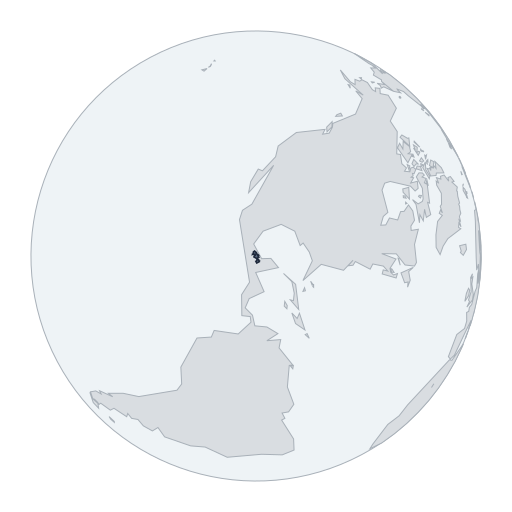 Tabasco highlighted on a globe, orthographic projection, rotated 62°
{"feature_id": "MEX-2725", "entity_name": "Tabasco", "entity_type": "State", "adm_level": 1, "iso_a3": "MEX", "parent_name": "Mexico", "parent_adm1": "", "projection": "orthographic", "projection_center": [-92.753, 17.95], "detail": "fine", "context": "on_globe", "style": "filled", "palette": "slate", "viewbox_px": 512, "rotation_deg": 62, "n_neighbors": 0, "source": "natural_earth", "source_scale": "10m", "svg_char_len": 10651}
<svg xmlns="http://www.w3.org/2000/svg" viewBox="0 0 512 512"><g transform="rotate(62 256 256)"><circle cx="256" cy="256" r="225" fill="#eef3f6" stroke="#a8b0b8"/><path d="M312.1,291.5L306.8,289.5L302.0,296.5L283.4,286.9L276.1,274.0L216.1,253.5L209.3,246.5L208.3,235.3L184.2,197.8L196.6,232.8L187.9,225.8L180.3,213.2L183.8,210.3L177.6,192.1L169.3,184.8L165.9,162.4L176.6,135.6L179.7,140.0L181.9,133.7L178.1,128.0L175.0,125.9L177.4,101.5L166.9,88.4L157.0,90.4L164.3,85.8L141.2,94.3L131.3,94.2L146.5,90.9L151.2,88.0L146.5,85.7L150.3,82.4L150.2,79.7L155.1,76.2L163.7,75.2L167.0,73.2L163.5,71.8L166.2,67.9L170.9,70.1L176.1,63.8L191.4,62.7L199.9,74.1L212.4,72.9L231.9,83.8L234.2,80.8L243.0,83.9L248.9,81.8L250.9,85.1L253.9,80.6L251.0,78.1L251.4,75.5L254.6,74.2L257.6,77.9L256.5,79.1L259.0,79.6L259.2,82.1L260.9,80.1L264.2,85.2L265.8,78.5L272.4,81.1L273.3,85.0L266.9,86.8L253.2,102.5L252.1,108.2L257.0,113.8L279.4,119.1L280.8,125.0L287.4,131.4L289.5,126.8L285.1,120.3L290.7,114.0L284.7,107.5L286.1,104.3L282.5,97.4L289.8,96.4L298.9,99.3L302.3,105.2L306.3,107.0L308.6,100.1L320.2,110.6L337.1,117.4L339.3,120.8L333.9,128.6L320.0,131.1L312.9,143.9L324.4,133.8L329.8,143.5L333.6,144.7L337.3,143.5L337.9,139.3L341.2,142.6L331.1,153.0L328.0,150.2L331.2,146.7L324.7,148.3L317.9,156.6L321.2,161.4L307.5,170.9L309.7,174.7L307.9,179.3L305.3,172.3L309.7,185.4L294.0,202.3L299.7,226.1L286.7,208.5L277.5,207.1L266.7,208.3L267.5,212.1L252.3,210.1L239.9,218.9L237.4,238.1L244.3,252.4L261.0,252.3L265.1,244.0L276.8,241.6L270.4,264.0L291.3,265.6L290.4,282.0L296.7,289.9L306.6,286.9L317.1,289.8L323.8,279.7L334.8,273.1L335.9,286.2L341.4,273.4L348.0,278.8L369.6,274.7L368.2,278.0L386.4,289.8L404.7,292.2L408.9,300.4L406.9,306.7L412.9,306.7L412.9,310.4L435.2,308.7L445.2,313.5L443.9,326.2L433.7,344.1L420.2,375.9L400.8,390.6L393.0,402.8L372.8,421.6L361.4,423.1L361.8,429.6L353.1,435.2L344.9,437.0L341.0,442.0L334.8,443.2L337.2,445.6L323.8,452.9L323.7,457.0L313.1,462.2L313.3,464.2L310.5,464.6L306.7,465.8L305.3,467.1L298.2,465.9L299.9,460.8L305.1,457.5L301.5,457.4L313.0,448.6L307.9,450.8L314.9,437.7L325.1,425.5L337.4,388.8L334.1,381.7L318.8,374.5L300.7,346.6L306.6,333.5L302.1,327.9L316.5,308.3L312.1,291.5ZM66.2,216.4L67.5,211.2L68.4,215.1L66.2,216.4ZM67.2,207.7L67.0,209.5L66.9,207.9L67.2,207.7ZM66.5,206.3L67.0,207.3L66.2,206.7L66.5,206.3ZM65.2,205.1L66.0,205.5L65.8,205.7L65.2,205.1ZM299.6,234.3L323.3,243.4L310.8,246.3L313.0,243.9L306.8,239.7L295.5,236.4L284.3,239.9L299.6,234.3ZM64.0,201.6L63.7,200.6L64.6,200.5L64.0,201.6ZM307.9,220.1L303.9,219.6L307.7,219.1L307.9,220.1ZM173.1,125.7L177.6,128.3L179.7,135.0L175.4,133.1L173.1,125.7ZM169.7,114.1L172.9,114.0L170.1,120.1L169.2,118.2L169.7,114.1ZM149.1,92.9L152.1,94.0L147.9,94.2L149.1,92.9ZM149.3,80.0L147.2,80.8L148.1,79.1L149.3,80.0ZM278.7,98.6L280.5,98.0L280.3,99.5L278.7,98.6ZM275.4,96.3L273.7,98.5L271.9,97.7L272.9,96.4L275.4,96.3ZM156.4,72.3L158.3,69.6L157.8,72.1L156.4,72.3ZM277.8,93.8L268.8,96.2L265.7,94.9L267.1,88.9L277.8,93.8ZM160.4,67.9L165.0,62.0L160.8,63.2L175.2,57.2L166.6,63.8L166.6,66.5L163.8,66.2L160.4,67.9ZM248.7,77.9L251.9,80.5L246.3,79.6L248.7,77.9ZM245.0,78.1L227.0,80.3L223.9,76.3L230.5,76.1L224.0,72.3L231.3,69.1L236.5,70.5L237.1,73.7L239.4,70.2L245.0,78.1ZM182.4,55.1L184.8,53.8L184.0,55.0L182.4,55.1ZM251.1,74.4L247.8,75.0L244.8,71.4L250.9,69.6L249.9,71.3L251.1,74.4ZM218.8,73.1L217.6,70.4L223.2,67.0L223.5,65.6L231.2,68.7L218.8,73.1ZM252.2,71.5L254.1,68.8L258.5,69.4L254.2,73.6L252.2,71.5ZM241.4,71.4L240.3,69.7L242.9,70.0L241.4,71.4ZM274.9,70.9L271.0,71.3L269.1,69.4L274.9,70.9ZM254.5,67.8L253.0,67.7L251.8,67.1L254.0,65.6L254.5,67.8ZM234.6,66.3L237.2,65.6L231.8,64.8L235.7,62.6L240.1,65.3L239.9,63.2L241.1,62.5L243.3,65.5L234.6,66.3ZM252.5,62.4L259.5,65.6L267.2,65.1L269.1,66.7L256.3,67.3L252.5,62.4ZM246.9,63.9L250.8,63.3L251.2,65.3L248.8,67.0L246.9,63.9ZM236.8,60.3L229.6,63.0L228.9,62.4L236.8,60.3ZM254.7,61.8L252.9,61.1L255.2,61.5L254.7,61.8ZM242.2,60.2L239.8,61.1L239.0,60.4L242.2,60.2ZM251.5,59.0L253.8,60.0L252.2,61.1L251.5,59.0ZM247.2,59.2L246.8,58.0L250.3,60.9L246.2,59.7L247.2,59.2ZM241.9,59.3L240.7,59.2L243.1,59.0L241.9,59.3ZM256.2,54.7L261.0,58.1L257.6,60.4L253.3,56.7L256.2,54.7ZM309.0,468.5L298.3,466.7L304.8,467.4L311.9,464.8L316.5,466.4L309.0,468.5ZM328.8,461.1L335.5,458.8L336.4,459.2L331.9,460.9L328.8,461.1ZM409.1,90.7L407.2,89.2L412.0,93.7L413.7,95.2L418.4,99.9L413.7,96.1L419.7,104.5L436.7,127.4L438.2,132.8L435.2,133.4L419.6,115.6L417.9,105.9L412.4,100.5L404.7,96.5L404.8,94.2L401.5,91.7L400.1,88.3L390.1,79.2L387.5,75.9L376.0,68.7L373.0,66.2L380.7,71.0L384.6,72.9L377.2,66.3L373.5,63.9L366.6,60.0L365.4,59.1L359.6,56.3L351.6,52.0L356.6,55.2L348.6,51.8L339.6,47.8L337.9,47.5L352.6,54.3L357.6,56.6L360.5,57.5L375.0,65.7L379.3,69.0L367.5,63.4L372.1,67.8L360.9,62.4L328.1,45.9L318.3,41.6L318.3,39.6L325.0,41.6L328.3,43.1L332.3,44.0L328.6,42.8L327.6,42.4L319.8,40.0L318.7,39.6L313.0,38.2L310.8,37.5L314.1,38.3L331.5,43.8L348.5,50.6L364.8,58.7L380.4,68.2L395.2,78.9L409.1,90.7ZM306.8,36.5L300.9,35.2L300.6,35.2L306.8,36.5ZM281.8,32.2L281.7,32.2L275.5,31.7L273.2,31.4L275.0,31.5L281.8,32.2ZM273.3,31.4L270.5,31.2L270.0,31.2L273.3,31.4ZM269.8,31.1L267.5,31.0L264.5,30.9L269.8,31.1ZM263.1,30.8L263.4,30.9L241.9,32.5L231.1,33.0L232.8,32.3L215.3,35.3L204.5,37.2L206.3,37.1L199.2,39.4L202.4,38.8L202.8,39.0L185.9,46.4L180.1,48.5L174.9,53.0L175.8,53.1L179.8,51.7L175.2,57.2L160.8,63.2L159.4,62.5L151.4,67.4L149.2,65.3L143.8,66.4L146.1,62.4L141.6,64.2L139.0,66.0L130.8,70.3L123.2,74.2L141.0,62.9L154.7,58.7L150.1,59.3L154.6,57.1L155.1,56.1L151.6,57.2L149.0,58.6L158.9,52.7L175.4,45.6L192.4,39.9L209.7,35.5L227.4,32.5L245.2,31.0L263.1,30.8ZM480.1,232.7L479.7,246.0L476.9,241.1L466.6,218.7L464.3,204.7L458.6,191.9L438.5,133.9L440.1,132.0L431.0,114.3L430.9,114.0L433.0,116.6L442.4,129.4L450.8,142.9L458.3,156.9L464.8,171.4L470.2,186.3L474.6,201.5L477.9,217.0L480.1,232.7ZM452.3,158.9L454.5,162.8L452.3,158.9ZM370.2,274.4L372.9,276.5L369.6,277.2L370.2,274.4ZM309.6,251.9L314.4,251.7L317.1,253.5L313.5,254.6L309.6,251.9ZM348.5,247.3L353.7,247.6L348.5,249.5L348.5,247.3ZM326.9,244.5L344.3,247.5L334.2,252.8L323.1,251.1L330.5,249.0L326.9,244.5ZM306.8,228.0L309.9,228.7L309.3,231.2L306.8,228.0ZM310.7,219.8L309.6,220.2L307.8,218.3L310.7,219.8ZM330.4,142.9L331.3,142.1L335.3,141.8L334.0,143.8L330.4,142.9ZM349.8,131.2L354.7,136.8L350.3,133.9L349.4,137.3L339.0,135.9L339.9,122.4L341.4,128.5L349.8,131.2ZM325.3,131.2L331.8,133.0L324.7,131.6L325.3,131.2ZM384.3,83.5L386.5,83.4L390.9,86.9L394.1,92.9L387.8,87.8L384.3,83.5ZM388.5,82.8L375.8,76.6L373.3,73.2L376.8,76.0L376.4,74.4L382.1,78.6L392.0,82.2L396.5,85.6L400.1,93.8L396.5,88.9L394.6,89.0L388.5,82.8ZM348.0,72.5L342.5,71.4L344.1,65.2L349.1,67.1L352.7,72.7L348.9,73.9L348.0,72.5ZM282.0,83.5L279.8,84.6L279.0,83.4L280.2,81.5L282.0,83.5ZM273.2,71.2L290.8,77.9L289.2,79.3L301.5,82.3L301.9,87.5L293.9,85.2L303.5,91.8L296.5,91.9L303.4,96.1L285.6,90.5L279.7,91.3L286.1,88.4L285.9,83.5L284.0,81.6L274.2,77.3L261.4,77.3L259.1,73.1L260.8,70.1L263.6,69.4L264.2,72.3L267.4,69.4L270.4,73.0L273.2,71.2ZM283.1,46.1L282.7,48.3L289.6,45.9L292.7,48.3L293.3,47.9L298.0,49.8L304.8,51.4L305.3,52.7L307.7,52.9L310.9,54.3L314.4,55.1L316.5,57.8L321.0,59.1L319.4,59.7L326.5,61.3L322.1,61.4L325.8,63.7L328.1,62.4L330.7,78.4L335.1,86.1L341.2,92.8L332.9,92.9L321.8,87.2L310.7,79.4L307.6,72.4L304.4,74.2L302.0,71.5L305.5,71.2L298.6,70.0L297.5,67.9L287.6,62.9L278.3,63.2L274.4,61.7L277.6,60.5L271.5,59.9L274.9,56.7L272.2,55.7L272.8,51.9L280.4,50.7L276.8,49.6L277.1,47.1L283.1,46.1ZM256.6,53.6L265.0,50.9L270.8,51.1L267.4,57.8L269.4,59.2L267.4,64.1L259.0,63.8L260.3,62.4L259.7,61.0L262.6,61.6L259.8,60.0L261.6,58.1L259.9,56.5L263.1,55.9L256.6,53.6ZM423.1,105.6L421.8,104.0L426.5,109.0L427.3,110.2L423.1,105.6ZM417.0,99.1L421.4,103.5L419.5,101.8L417.0,99.1ZM379.1,69.6L377.3,68.0L378.6,68.7L381.5,70.6L379.1,69.6ZM304.3,42.0L303.2,42.6L301.7,42.2L295.4,42.3L292.6,40.9L295.3,40.2L304.3,42.0ZM300.3,40.4L298.0,40.5L298.1,39.7L300.3,40.4ZM290.3,39.9L289.6,38.9L291.6,40.7L290.3,39.9ZM273.5,32.2L285.3,33.2L292.0,33.9L292.9,33.8L296.7,34.8L286.4,33.7L273.5,32.2ZM246.0,32.2L245.3,33.0L242.3,32.9L242.0,32.7L246.0,32.2ZM248.0,32.5L253.4,33.1L250.8,33.7L247.0,33.1L248.0,32.5ZM277.3,35.4L280.9,35.7L280.8,36.2L277.3,35.4ZM183.0,53.8L184.7,53.8L182.1,54.7L183.0,53.8ZM204.8,38.6L204.8,39.0L201.8,39.7L204.8,38.6ZM203.3,40.8L206.7,39.6L204.1,40.9L203.3,40.8ZM213.9,37.3L208.5,39.2L212.3,37.3L213.9,37.3Z" fill="#d9dde1" stroke="#a8b0b8" stroke-width="1"/><path d="M262.6,256.6L262.6,257.6L262.6,258.7L261.0,258.7L260.9,258.7L261.0,258.5L261.1,258.4L261.0,258.2L260.9,258.2L260.7,258.1L260.7,257.9L260.4,257.8L260.3,257.7L260.2,257.7L260.1,257.4L260.1,257.2L259.9,256.9L259.7,256.9L259.6,256.7L259.6,256.4L259.5,256.2L259.4,256.2L259.3,256.3L259.2,256.2L259.1,256.3L259.0,256.2L258.9,256.2L258.7,256.2L258.6,256.4L258.5,256.5L258.4,256.7L258.2,256.7L258.0,256.8L257.9,256.8L257.7,256.9L257.4,257.0L257.4,257.3L257.2,257.3L257.0,257.5L256.9,257.6L256.7,257.8L256.5,258.0L256.4,258.0L256.2,258.2L256.1,258.3L255.9,258.3L255.8,258.2L255.7,258.2L255.5,257.9L255.5,257.7L255.4,257.7L255.2,257.6L255.1,257.4L255.1,257.1L255.0,256.8L255.0,256.7L255.1,256.4L255.1,256.2L254.9,256.2L254.7,256.2L254.4,255.9L254.2,255.9L253.9,255.9L253.9,256.0L253.8,256.3L253.7,256.5L253.6,257.0L253.5,257.3L253.4,257.3L253.3,257.5L253.2,257.5L253.1,257.8L253.0,258.0L252.9,258.1L252.9,258.3L252.8,258.2L252.7,258.2L252.7,257.9L252.8,257.7L252.7,257.5L252.6,257.4L252.4,257.2L252.2,257.0L252.0,256.9L251.9,256.9L251.7,256.8L251.6,256.7L251.4,256.4L251.2,256.4L251.0,256.2L251.1,255.9L251.1,255.7L251.0,255.4L251.0,255.2L250.9,255.1L250.9,254.9L251.0,254.9L251.3,254.8L251.4,254.7L251.9,254.6L251.8,254.8L252.1,254.7L252.3,254.5L252.5,254.4L252.5,254.5L252.9,254.4L253.0,254.3L252.9,254.2L252.7,254.3L252.4,254.4L252.2,254.5L251.9,254.6L252.0,254.5L252.1,254.4L252.9,254.1L253.0,254.1L253.4,254.1L253.9,254.1L254.5,254.1L254.4,254.2L254.4,254.3L254.5,254.4L254.6,254.5L254.7,254.4L254.7,254.2L255.3,254.1L255.6,254.0L255.8,253.9L256.0,253.7L256.3,254.0L256.3,253.9L256.3,253.7L256.2,253.4L256.3,253.4L256.5,253.4L257.0,253.3L257.1,253.5L257.3,253.8L257.4,254.0L257.5,254.0L257.9,254.0L258.1,254.0L258.3,254.0L258.2,254.2L258.2,254.3L258.2,254.5L258.2,254.8L258.2,255.0L258.3,255.2L258.4,255.3L258.5,255.4L258.6,255.5L258.8,255.6L258.9,255.8L259.0,255.8L259.3,256.0L259.5,256.0L259.8,256.0L260.0,256.0L260.2,255.9L260.3,255.9L260.3,255.7L260.3,255.4L260.5,255.4L260.8,255.4L261.0,255.4L261.0,255.5L261.3,255.5L261.5,255.6L261.7,255.8L261.8,255.8L261.9,255.7L261.9,255.8L262.0,255.8L262.3,255.9L262.6,255.9L262.6,256.0L262.6,256.4L262.6,256.6Z" fill="#64748b" stroke="#1e293b" stroke-width="1.5"/></g></svg>